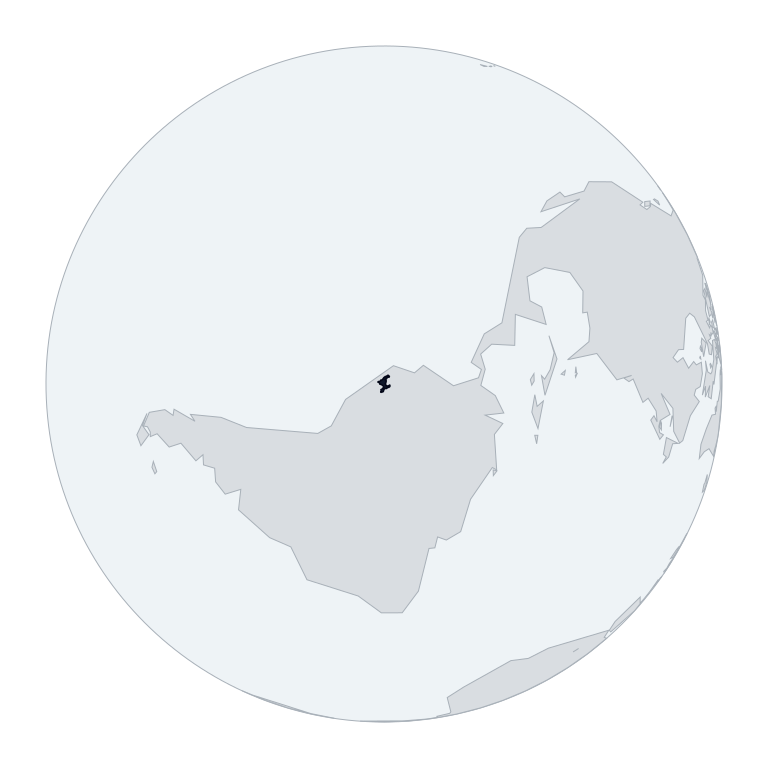 the Earth from above La Libertad, rotated 86°
{"feature_id": "PER-580", "entity_name": "La Libertad", "entity_type": "Department", "adm_level": 1, "iso_a3": "PER", "parent_name": "Peru", "parent_adm1": "", "projection": "orthographic", "projection_center": [-78.244, -7.962], "detail": "fine", "context": "on_globe", "style": "filled", "palette": "ink", "viewbox_px": 768, "rotation_deg": 86, "n_neighbors": 0, "source": "natural_earth", "source_scale": "10m", "svg_char_len": 8871}
<svg xmlns="http://www.w3.org/2000/svg" viewBox="0 0 768 768"><g transform="rotate(86 384 384)"><circle cx="384" cy="384" r="338" fill="#eef3f6" stroke="#a8b0b8"/><path d="M279.2,62.7L280.5,62.9L297.7,58.5L317.8,59.6L322.6,57.5L333.4,58.1L343.0,56.3L343.9,58.1L350.7,55.3L348.0,54.2L350.1,52.9L355.5,52.0L357.7,53.7L355.3,54.4L358.8,54.5L357.6,55.9L361.2,54.8L363.3,57.6L369.3,53.8L377.6,55.3L376.8,57.5L366.4,58.5L338.7,69.7L334.7,74.1L339.4,78.4L370.4,82.7L370.3,87.8L377.8,93.8L382.7,89.8L378.6,83.9L389.5,79.0L383.2,73.5L386.7,71.1L384.4,65.9L396.0,65.7L408.6,68.7L411.1,73.4L416.7,75.3L423.5,70.7L437.0,80.6L461.3,89.9L463.6,93.2L451.5,98.3L428.4,97.5L412.7,108.2L434.3,100.8L439.6,110.9L445.3,112.8L451.7,112.5L454.2,108.8L458.4,112.7L438.6,120.4L434.5,116.9L440.8,114.2L429.9,114.4L416.6,121.5L420.4,127.0L396.4,135.1L398.7,139.5L394.8,144.3L392.7,136.4L396.1,151.4L368.4,169.6L372.6,199.2L356.1,176.6L342.7,174.7L326.5,176.2L326.9,180.8L305.1,179.0L285.7,190.8L279.1,215.5L287.0,233.8L311.2,232.6L318.2,221.3L335.9,218.1L323.7,248.1L354.6,250.9L351.8,273.8L360.9,285.5L376.3,282.0L392.2,287.5L403.3,273.8L421.3,266.5L422.1,285.3L431.7,268.2L442.0,277.4L477.5,277.6L474.9,281.8L505.0,305.7L536.6,317.8L544.0,332.7L540.3,341.2L551.0,344.7L551.2,350.6L593.0,364.1L613.5,381.8L612.1,402.6L593.7,424.5L573.9,474.5L540.0,488.3L529.3,508.8L499.4,537.9L479.1,534.2L482.8,550.1L469.9,558.8L456.2,558.8L452.1,569.7L441.9,569.5L447.5,577.0L428.9,590.7L431.9,602.7L417.8,613.8L420.2,620.8L415.6,620.5L410.2,622.9L409.1,626.8L395.9,620.1L394.3,604.4L400.6,596.6L394.5,595.2L408.0,575.2L400.8,579.2L405.9,548.9L417.8,524.2L428.7,453.5L422.1,439.5L396.7,423.4L366.4,373.3L375.0,352.8L368.1,343.4L390.6,314.8L384.4,289.3L376.3,285.8L368.5,295.5L341.0,280.5L331.2,262.1L247.1,238.8L238.6,230.7L238.8,216.3L213.0,175.7L223.1,215.4L212.7,208.7L204.8,195.1L209.9,190.7L205.5,171.0L196.5,165.5L198.2,142.8L220.7,113.1L223.2,116.1L228.3,109.6L225.6,105.9L222.5,105.2L236.3,85.9L230.6,83.4L217.9,89.8L229.3,83.7L212.5,92.9L234.0,81.2L256.3,71.1L279.2,62.7ZM72.0,265.9L74.4,258.7L74.2,262.0L72.0,265.9ZM75.0,255.2L74.3,257.4L74.7,255.7L75.0,255.2ZM74.8,254.5L75.0,255.0L74.4,255.3L74.8,254.5ZM74.1,254.7L74.6,254.3L74.4,254.6L74.1,254.7ZM371.1,209.7L406.5,224.2L386.7,226.3L390.4,223.4L381.4,217.3L364.7,212.1L347.3,216.1L371.1,209.7ZM74.1,252.6L74.2,251.9L74.9,250.8L74.1,252.6ZM386.2,192.4L380.1,191.4L386.1,191.1L386.2,192.4ZM220.0,105.8L224.8,106.3L225.0,111.5L220.2,111.2L220.0,105.8ZM220.7,97.9L224.8,96.5L218.7,102.3L218.2,101.3L220.7,97.9ZM207.3,96.0L210.0,94.5L205.2,97.3L207.3,96.0ZM378.1,66.5L381.2,66.2L380.0,67.3L378.1,66.5ZM374.2,64.8L370.7,66.3L368.3,65.7L370.6,64.8L374.2,64.8ZM379.1,63.2L364.6,64.6L360.5,63.8L365.5,59.8L379.1,63.2ZM344.8,54.3L348.0,55.4L340.3,55.4L344.8,54.3ZM339.4,54.7L313.0,58.5L311.0,57.2L320.2,55.8L313.6,55.4L325.7,52.7L332.0,52.4L330.9,53.6L336.3,51.8L339.4,54.7ZM350.3,52.4L345.1,52.9L343.1,51.7L353.0,50.3L350.5,51.1L350.3,52.4ZM306.0,56.9L306.2,56.1L316.0,53.6L317.5,53.1L325.8,52.6L306.0,56.9ZM353.7,51.0L358.1,49.8L364.0,49.8L355.2,51.8L353.7,51.0ZM338.3,52.0L337.8,51.5L341.3,51.3L338.3,52.0ZM387.5,50.4L381.3,50.5L379.7,49.7L387.5,50.4ZM359.4,49.4L357.3,49.4L356.0,49.3L360.1,48.7L359.4,49.4ZM332.1,51.1L336.2,50.5L329.2,51.2L336.3,49.9L340.6,50.0L341.7,49.4L343.9,49.1L344.9,49.6L332.1,51.1ZM360.2,47.8L368.1,48.4L379.8,48.2L381.6,48.7L362.4,49.1L360.2,47.8ZM351.1,48.7L357.1,48.2L356.3,48.8L351.6,49.6L351.1,48.7ZM339.5,49.2L327.6,51.1L327.1,51.1L339.5,49.2ZM363.8,47.5L361.8,47.5L364.7,47.4L363.8,47.5ZM347.2,48.4L343.0,48.9L342.5,48.9L347.2,48.4ZM361.3,47.2L363.8,47.2L360.8,47.5L361.3,47.2ZM355.0,47.6L355.3,47.4L358.1,47.6L353.2,47.8L355.0,47.6ZM347.4,48.2L345.7,48.4L349.2,48.0L347.4,48.2ZM371.4,46.3L375.8,46.5L369.0,47.1L365.7,46.7L371.4,46.3ZM417.5,634.1L396.8,622.5L408.6,627.8L418.2,622.0L428.6,630.8L417.5,634.1ZM445.2,619.5L455.5,616.8L457.6,618.8L450.9,621.3L445.2,619.5ZM627.6,149.8L628.0,150.3L647.1,175.1L645.4,176.4L637.0,170.0L614.4,143.3L620.6,143.8L612.7,135.9L598.1,123.9L601.2,125.6L596.0,121.3L597.1,121.7L595.0,120.0L627.6,149.8ZM680.1,546.9L684.3,538.9L707.7,479.9L714.0,456.9L707.9,480.2L700.2,503.1L690.9,525.3L680.1,546.9ZM718.6,431.3L721.4,388.1L721.2,364.5L720.2,353.5L719.2,354.4L717.1,341.4L715.7,340.2L701.2,342.8L691.8,325.5L668.8,276.7L667.8,259.2L659.0,238.4L645.3,176.9L652.1,182.0L653.2,179.7L667.1,199.5L679.6,220.3L690.6,241.9L700.0,264.3L707.8,287.3L713.9,310.7L718.3,334.6L721.0,358.7L721.9,382.9L721.1,407.2L718.6,431.3ZM661.4,208.3L664.5,214.1L661.4,208.3ZM478.6,277.4L483.0,281.3L477.3,281.1L478.6,277.4ZM384.1,233.7L391.5,234.0L395.5,236.7L389.8,237.7L384.1,233.7ZM445.9,234.1L454.3,235.9L445.7,237.2L445.9,234.1ZM412.0,226.2L439.2,233.5L422.4,238.5L405.2,234.3L417.0,232.8L412.0,226.2ZM383.1,202.2L387.8,203.4L386.5,206.6L383.1,202.2ZM390.6,192.4L388.8,192.6L386.4,190.2L390.6,192.4ZM440.8,110.4L442.5,109.9L449.1,110.5L446.3,112.0L440.8,110.4ZM476.7,105.1L482.7,111.5L476.4,107.5L473.7,110.2L457.1,106.0L463.8,94.7L463.7,100.2L476.7,105.1ZM436.9,98.6L446.6,101.6L435.7,98.8L436.9,98.6ZM566.3,100.6L571.0,103.2L577.0,107.6L578.0,110.2L569.4,103.6L566.3,100.6ZM589.8,115.9L591.9,117.6L590.4,118.0L587.4,114.7L583.0,111.9L576.2,106.3L555.6,93.2L554.1,92.0L558.4,94.7L559.5,95.2L566.8,99.9L582.5,110.5L589.8,115.9ZM505.7,71.0L496.8,67.8L505.0,68.9L512.4,71.9L514.0,73.9L506.2,71.7L505.7,71.0ZM390.8,57.0L386.9,57.5L386.3,56.8L389.1,55.8L390.8,57.0ZM384.7,50.5L407.5,54.9L404.1,55.4L421.5,58.6L419.3,61.5L408.2,59.1L419.5,64.4L408.6,63.4L417.3,67.2L392.6,61.5L383.2,61.7L394.5,60.2L396.7,57.3L394.9,56.1L382.6,53.3L363.5,53.3L362.6,51.3L367.1,50.0L371.6,49.7L370.7,50.8L377.3,49.6L379.5,51.2L384.7,50.5ZM456.4,53.9L457.1,54.1L462.3,55.3L463.2,55.7L469.7,57.4L466.4,56.7L477.3,59.7L469.6,57.7L473.9,59.3L479.1,60.3L471.2,64.3L473.9,69.2L480.3,74.7L466.2,72.0L451.2,65.6L437.9,59.0L437.3,55.4L431.1,55.4L428.9,53.9L434.8,54.5L424.5,52.7L424.4,51.8L412.4,48.9L397.8,48.1L393.0,47.5L398.7,47.4L390.0,46.9L397.5,46.6L394.3,46.4L397.7,46.4L427.2,48.9L456.4,53.9ZM393.6,46.2L385.5,46.5L387.3,46.7L380.7,47.9L368.6,47.9L371.6,47.4L371.7,47.1L375.5,47.2L372.5,46.9L376.5,46.5L375.4,46.3L380.5,46.2L373.3,46.2L393.6,46.2Z" fill="#d9dde1" stroke="#a8b0b8" stroke-width="1"/><path d="M381.6,389.9L381.6,389.7L381.4,389.4L381.2,389.2L381.0,388.8L381.0,388.7L381.1,388.4L381.1,388.2L381.0,387.8L380.8,387.6L380.6,387.3L380.4,387.1L380.1,387.0L380.0,386.9L379.9,386.8L380.0,386.7L380.2,386.4L379.8,385.9L379.6,385.6L379.5,385.3L378.9,384.8L378.9,384.6L378.5,384.4L377.8,383.9L377.5,383.5L377.3,383.3L377.3,383.0L377.0,382.7L376.9,382.6L377.0,382.5L377.0,382.4L377.0,382.2L376.7,381.8L376.3,381.3L376.2,381.1L376.2,380.9L376.2,380.7L376.2,380.4L376.1,380.2L376.0,379.9L375.8,379.7L375.6,379.5L375.5,379.4L375.7,379.1L376.7,378.1L376.8,378.1L377.4,378.3L377.5,378.4L377.5,379.3L377.6,379.5L377.5,379.8L377.5,380.0L377.4,380.0L377.3,380.3L377.5,380.4L377.8,380.5L378.1,380.6L378.4,380.7L378.6,380.8L378.9,381.1L379.0,381.2L379.0,381.3L379.2,381.6L379.2,381.8L379.2,382.0L379.5,382.5L379.7,382.3L379.8,382.3L379.8,382.2L379.9,381.9L380.0,381.8L380.3,381.8L380.7,381.7L380.8,381.6L381.1,381.7L381.3,381.8L381.5,381.7L381.8,381.7L382.0,381.7L382.3,381.9L382.4,382.0L382.6,382.1L382.8,382.2L383.1,382.1L383.3,382.3L383.6,382.4L383.6,382.5L383.7,382.8L383.8,382.8L384.0,382.8L384.1,382.7L384.3,382.6L384.6,382.3L384.8,382.3L385.0,382.4L385.4,382.3L385.5,382.3L385.8,382.3L385.8,382.2L385.9,381.9L385.9,381.7L385.9,381.4L386.2,381.1L386.3,381.1L386.6,381.1L386.9,381.1L386.8,380.9L386.6,380.8L386.5,380.7L386.4,380.6L386.3,380.3L386.3,380.1L386.2,380.1L386.2,379.9L386.2,379.7L386.0,379.4L385.9,379.4L385.8,379.2L385.7,378.8L385.6,378.6L385.5,378.4L385.8,378.3L386.0,378.3L386.1,378.2L386.3,378.3L386.5,378.3L386.9,378.3L387.0,378.4L387.1,378.5L387.3,379.0L387.7,379.3L387.8,379.5L387.6,380.0L387.6,380.3L387.8,380.7L387.9,380.9L388.1,381.0L388.3,381.2L388.4,381.4L388.6,381.6L388.7,381.8L388.5,382.2L388.5,382.4L388.5,382.6L388.5,382.8L388.6,383.0L388.7,383.3L388.9,383.6L389.0,383.7L389.0,383.8L389.0,384.0L388.9,384.2L388.9,384.3L389.0,384.3L389.1,384.5L389.4,384.7L389.5,384.7L389.8,384.6L390.5,384.8L391.0,385.0L391.4,385.2L391.8,385.7L391.8,385.8L392.0,387.3L392.1,387.5L391.9,387.8L391.5,387.8L391.4,387.8L391.2,387.7L391.2,387.4L391.1,387.2L390.9,387.2L390.6,387.3L390.4,387.3L389.7,387.4L389.4,387.4L389.4,387.2L389.2,386.8L388.8,386.3L388.4,385.7L388.1,385.5L387.7,385.1L387.6,384.9L387.6,384.7L387.5,384.4L387.4,384.3L387.1,384.5L386.9,384.5L386.7,384.6L386.4,384.7L386.2,384.6L385.9,384.7L385.8,385.0L385.7,385.2L384.8,386.0L384.7,386.1L384.7,386.3L384.5,386.5L384.5,386.8L384.3,387.1L384.1,387.3L384.0,387.5L383.9,388.1L383.7,388.1L383.4,388.2L383.1,388.4L382.3,388.7L382.1,388.8L381.9,389.1L381.9,389.6L381.8,389.8L381.7,389.9L381.6,389.9Z" fill="#0f172a" stroke="#020617" stroke-width="1.5"/></g></svg>